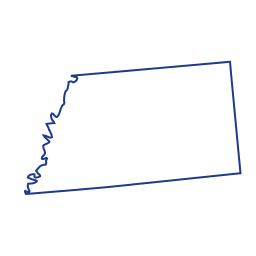 Matacos, Formosa, Argentina (Robinson projection), rotated 85°
{"feature_id": "61730980B89566951406384", "entity_name": "Matacos", "entity_type": "district", "adm_level": 2, "iso_a3": "ARG", "parent_name": "Argentina", "parent_adm1": "Formosa", "projection": "robinson", "projection_center": [-62.047, -23.907], "detail": "fine", "context": "isolated", "style": "outline", "palette": "blue", "viewbox_px": 256, "rotation_deg": 85, "n_neighbors": 0, "source": "geoboundaries", "source_scale": "gbopen_adm2", "svg_char_len": 2773}
<svg xmlns="http://www.w3.org/2000/svg" viewBox="0 0 256 256"><g transform="rotate(85 128 128)"><path d="M70.9,20.6L71.0,112.0L71.0,178.3L71.0,180.3L72.2,177.0L72.3,176.9L72.8,174.7L74.0,174.1L75.0,174.6L75.6,174.9L76.1,175.2L76.6,175.9L76.9,176.2L77.3,177.0L77.7,178.0L77.8,178.5L77.1,179.5L76.7,180.4L76.6,181.6L76.9,182.7L77.0,183.1L77.8,183.3L79.5,183.5L79.9,183.6L81.7,184.3L83.1,184.6L84.1,185.1L84.9,185.5L85.8,186.7L86.1,187.0L86.3,187.2L87.6,187.6L88.8,188.1L90.0,188.5L91.1,188.7L91.8,188.8L92.8,189.1L94.2,189.1L94.7,189.2L95.2,189.4L96.0,189.3L96.9,189.1L97.4,189.2L97.7,189.4L98.1,189.6L98.9,189.9L99.2,190.3L99.3,190.7L99.7,191.4L101.9,192.6L103.4,193.5L104.7,194.0L106.0,194.5L106.9,194.9L107.0,195.0L108.1,195.5L109.4,196.4L110.6,197.4L110.8,198.4L110.1,199.3L108.9,200.3L108.2,200.8L107.2,201.5L106.9,202.6L108.5,203.6L110.3,203.6L111.2,203.5L112.5,203.3L113.6,202.7L115.2,201.5L116.7,201.0L116.6,203.0L116.7,205.1L116.7,206.7L116.9,208.8L119.4,207.9L120.0,207.5L120.5,207.3L121.2,207.1L121.7,207.1L122.5,206.9L124.0,206.2L127.9,204.8L128.9,204.7L130.6,204.6L130.9,205.9L130.5,207.4L130.1,207.9L129.7,208.7L129.3,209.7L128.5,210.9L128.1,212.6L129.8,211.7L133.0,208.9L134.3,207.7L135.0,207.5L135.7,208.3L136.3,209.7L136.6,210.3L136.7,210.6L136.8,211.2L137.2,212.1L137.6,213.4L137.9,213.6L138.3,214.0L139.1,214.0L139.3,214.0L140.5,213.9L141.6,213.8L142.4,213.4L143.0,213.2L144.2,213.0L145.0,212.9L146.1,212.9L147.5,213.9L148.0,214.7L148.4,215.2L148.7,215.3L149.0,215.6L149.2,215.9L149.8,216.2L150.4,216.4L151.1,216.5L151.6,215.5L151.1,213.4L150.7,211.9L151.2,211.3L152.6,212.0L153.0,212.4L153.7,212.5L154.3,212.6L155.0,212.4L155.7,212.4L157.3,213.2L157.3,215.3L157.5,216.4L157.7,216.9L157.8,217.5L158.5,218.9L159.0,219.6L159.9,220.4L160.4,221.0L161.4,222.2L162.3,223.1L162.6,223.3L163.7,222.7L164.8,222.0L165.3,221.7L165.7,221.4L166.1,220.9L166.6,220.5L167.6,219.7L168.4,219.8L169.3,221.9L169.3,224.5L168.4,225.5L166.2,225.1L165.7,226.1L165.9,228.3L166.1,229.1L166.3,229.9L166.6,230.4L167.1,231.1L168.3,232.1L169.1,231.6L169.4,230.7L169.8,229.9L170.0,229.4L170.4,228.8L170.8,228.1L171.0,227.3L171.4,226.5L171.8,225.1L172.7,223.6L173.2,223.5L173.4,223.8L174.2,225.2L174.4,225.9L174.6,226.8L174.8,227.9L174.9,228.7L174.9,229.8L174.8,231.1L174.8,232.0L174.8,232.3L175.9,232.7L177.1,232.9L177.8,233.0L179.2,232.7L179.7,232.5L180.4,232.2L180.5,232.2L181.6,232.0L181.9,231.8L182.3,231.6L182.8,231.8L183.3,232.2L183.1,232.8L183.0,233.4L182.1,235.2L181.7,235.7L181.9,236.1L183.3,236.0L184.8,235.4L184.8,234.4L184.8,232.5L184.9,231.9L185.0,207.1L185.0,206.9L185.1,194.9L185.1,194.7L185.1,191.0L185.1,168.2L185.1,153.9L184.8,133.8L184.7,129.0L184.6,126.7L184.5,117.2L182.9,22.9L182.9,19.9L84.1,20.6L70.9,20.6Z" fill="none" stroke="#1e3a8a" stroke-width="2"/></g></svg>